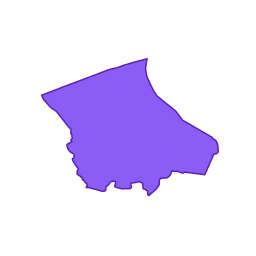 Preah Vihear, Preah Vihéar, Cambodia, rotated 113°
{"feature_id": "14789045B58116618058730", "entity_name": "Preah Vihear", "entity_type": "district", "adm_level": 2, "iso_a3": "KHM", "parent_name": "Cambodia", "parent_adm1": "Preah Vihéar", "projection": "equal_earth", "projection_center": [105.027, 13.736], "detail": "fine", "context": "isolated", "style": "filled", "palette": "violet", "viewbox_px": 256, "rotation_deg": 113, "n_neighbors": 0, "source": "geoboundaries", "source_scale": "gbopen_adm2", "svg_char_len": 4277}
<svg xmlns="http://www.w3.org/2000/svg" viewBox="0 0 256 256"><g transform="rotate(113 128 128)"><path d="M131.5,220.2L132.5,219.4L133.8,217.8L134.7,216.9L135.3,215.7L135.9,214.3L136.5,213.1L137.3,211.5L138.0,210.1L138.7,208.5L139.2,207.1L139.8,205.2L140.0,203.8L140.4,202.1L140.6,200.6L150.4,182.8L150.7,182.2L151.0,181.1L151.2,180.6L151.3,180.2L151.7,179.7L152.7,179.5L153.1,179.4L153.4,179.2L153.9,179.1L154.7,178.9L155.0,178.7L155.5,178.2L155.7,177.9L156.1,177.6L156.4,177.1L156.9,176.7L157.5,176.5L158.3,175.8L158.7,175.6L159.3,175.3L160.1,175.6L160.8,175.8L161.5,175.5L161.8,175.6L162.0,175.2L162.3,174.4L162.7,174.3L163.2,174.8L163.8,175.4L164.3,175.7L164.9,176.3L165.4,176.6L166.0,176.9L166.5,177.5L166.9,177.7L167.6,177.5L168.0,177.4L168.7,176.9L169.2,176.5L169.6,176.2L170.1,175.6L170.9,174.8L171.1,174.5L171.5,173.7L171.8,173.5L172.0,172.9L172.4,172.1L172.6,171.5L172.7,171.0L172.8,170.3L172.9,169.4L173.1,168.4L173.3,167.3L173.9,166.9L174.6,166.7L175.2,166.6L175.7,166.5L176.4,166.1L177.1,166.3L177.8,167.1L178.2,167.1L178.7,166.8L179.1,166.3L179.4,165.9L180.0,165.6L180.4,165.2L180.9,164.3L181.3,163.4L181.9,162.7L182.5,162.0L183.0,161.3L183.3,160.5L183.6,159.8L184.3,158.8L184.6,158.1L185.3,157.5L186.0,157.6L186.6,157.9L187.3,158.0L187.8,157.6L188.4,157.2L189.0,157.3L189.7,157.4L190.0,157.0L190.3,156.6L190.6,156.2L190.6,155.4L190.9,155.0L191.0,154.6L190.9,153.9L191.0,153.2L191.3,152.3L191.6,152.0L191.5,151.5L191.5,151.1L191.7,150.7L192.1,150.3L192.9,150.2L193.4,149.8L193.4,148.7L193.7,147.8L194.4,147.2L194.6,146.6L194.6,145.8L194.7,145.3L195.1,145.2L195.5,144.9L195.5,144.2L195.7,143.5L196.0,143.3L196.5,143.2L197.0,143.3L197.4,143.0L197.9,143.1L198.7,143.3L199.1,143.1L198.6,141.8L198.3,141.2L198.0,139.6L197.9,138.5L197.7,137.6L197.5,136.1L197.3,135.1L197.2,134.1L197.0,133.0L196.8,131.6L196.7,130.6L196.6,129.5L196.6,129.0L196.5,128.0L196.1,126.7L195.9,125.9L195.3,125.1L194.8,124.5L194.3,124.3L193.4,124.4L192.8,124.6L192.3,124.7L191.8,125.0L191.3,125.2L190.8,125.3L189.8,124.8L188.8,124.2L187.6,123.7L185.6,123.3L184.6,123.1L183.9,122.5L183.3,121.6L183.0,121.2L182.6,120.2L182.4,119.7L182.3,118.8L182.8,118.2L183.5,117.9L184.2,117.7L184.8,117.5L185.4,117.6L186.0,117.8L186.5,117.7L186.9,117.3L187.2,117.1L187.2,116.1L187.0,114.9L187.0,114.0L186.9,113.3L186.8,112.8L186.7,112.2L186.5,111.5L186.5,111.0L186.4,109.9L186.3,109.5L186.0,109.0L185.8,108.6L185.4,107.8L185.0,106.9L184.6,105.9L184.1,105.0L183.3,103.1L182.9,102.4L182.2,101.8L181.5,101.7L180.8,101.8L180.1,102.2L179.7,102.6L179.3,103.2L178.9,103.5L178.4,103.7L177.9,103.6L177.4,103.3L177.1,102.9L176.7,102.4L176.5,101.8L176.2,101.4L176.0,100.9L175.6,100.4L175.3,99.9L175.0,99.5L174.4,98.8L173.9,98.2L173.7,97.7L173.3,97.2L173.2,96.6L173.0,95.8L172.9,94.9L173.1,93.9L173.4,93.1L173.8,92.7L174.3,92.3L175.1,91.9L175.5,91.6L176.1,91.3L176.6,91.0L177.1,90.9L177.6,90.5L177.9,90.1L178.0,89.5L177.9,88.6L177.9,87.7L178.0,87.1L178.1,86.5L178.3,85.8L178.6,85.4L179.0,85.1L179.5,84.7L180.5,84.4L181.3,84.0L181.6,83.7L181.9,83.3L182.0,82.8L181.6,82.2L180.9,81.8L180.3,81.5L179.6,81.3L179.2,81.1L178.5,80.6L177.4,80.1L176.4,79.7L175.3,79.2L174.5,78.8L173.4,78.3L172.2,77.9L171.4,77.6L170.5,77.5L169.2,77.2L168.0,77.2L167.2,77.4L165.9,77.8L164.9,78.6L163.9,78.7L162.6,78.6L162.0,78.5L161.5,78.1L161.1,77.4L160.6,76.6L160.3,75.9L159.7,74.9L159.3,73.9L159.0,73.2L158.4,72.4L157.5,71.9L156.4,71.3L155.5,70.9L154.6,70.8L153.6,70.7L152.6,70.7L151.7,70.7L150.8,71.0L150.2,70.7L150.1,70.1L150.0,69.3L149.8,68.4L149.7,67.7L149.4,67.1L148.9,66.4L148.6,65.6L148.4,64.5L148.3,63.2L148.4,61.7L148.2,60.3L147.6,59.3L147.0,59.0L146.5,58.7L141.0,39.1L118.6,38.8L117.9,37.5L116.8,36.4L115.7,35.9L114.6,35.8L113.4,36.3L112.0,37.0L110.4,37.7L108.8,38.7L107.8,39.4L106.9,40.2L106.0,41.2L105.3,42.4L105.0,43.2L104.9,43.9L104.8,44.5L104.7,45.2L104.7,45.7L104.4,46.4L103.7,46.9L99.5,80.9L93.8,90.6L87.1,114.1L84.7,117.6L82.2,120.8L80.5,122.8L78.7,124.9L76.8,126.8L74.4,129.6L72.0,131.7L69.8,133.0L68.2,134.2L65.9,135.2L64.4,135.6L63.0,136.1L61.8,136.3L60.9,136.6L59.6,136.9L58.1,137.2L56.9,137.6L57.5,138.4L58.9,140.2L62.2,144.4L64.8,147.8L68.5,152.2L71.7,156.2L74.9,159.6L77.0,162.0L77.7,162.9L79.3,165.2L82.4,169.1L87.3,174.1L116.8,205.1L120.0,208.3L131.5,220.2Z" fill="#8b5cf6" stroke="#5b21b6" stroke-width="1.5"/></g></svg>